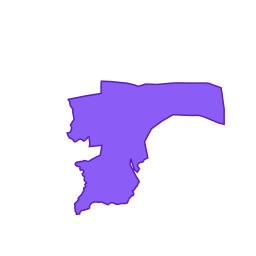 Santa Cruz Xitla, Oaxaca, Mexico (Albers equal-area conic projection), rotated 228°
{"feature_id": "50627088B78540984187626", "entity_name": "Santa Cruz Xitla", "entity_type": "district", "adm_level": 2, "iso_a3": "MEX", "parent_name": "Mexico", "parent_adm1": "Oaxaca", "projection": "albers", "projection_center": [-96.682, 16.337], "detail": "fine", "context": "isolated", "style": "filled", "palette": "violet", "viewbox_px": 256, "rotation_deg": 228, "n_neighbors": 0, "source": "geoboundaries", "source_scale": "gbopen_adm2", "svg_char_len": 3916}
<svg xmlns="http://www.w3.org/2000/svg" viewBox="0 0 256 256"><g transform="rotate(228 128 128)"><path d="M159.5,77.9L158.5,78.4L158.1,78.6L157.2,79.0L156.5,79.3L155.7,79.1L154.8,78.9L154.0,79.1L153.2,79.3L153.0,79.7L152.7,80.7L152.6,81.4L152.5,82.2L152.5,83.3L152.1,84.1L151.7,84.7L151.3,85.3L150.7,85.7L150.4,85.9L149.7,86.1L149.2,86.0L148.6,86.1L147.8,86.5L147.7,86.9L147.5,89.1L147.5,89.8L147.6,90.3L147.6,90.5L148.0,91.6L147.9,92.5L147.7,93.1L144.6,91.0L143.6,90.3L141.9,89.1L140.5,87.4L140.1,86.8L138.1,89.5L132.6,97.0L131.4,95.5L126.8,89.8L126.3,89.2L126.5,88.9L126.8,88.3L126.9,87.4L127.0,86.6L127.4,85.7L127.7,85.0L127.9,84.1L128.0,83.6L128.1,83.3L128.2,82.9L128.2,82.5L128.5,81.6L128.8,80.8L129.0,79.8L129.1,79.0L129.0,78.0L129.0,77.9L129.3,77.2L129.6,76.5L130.0,75.7L131.4,75.0L132.5,74.1L133.4,73.4L133.3,72.4L133.5,72.1L133.7,71.9L134.3,71.0L134.9,70.4L135.2,69.6L135.4,68.8L135.8,68.6L136.1,68.4L136.3,68.0L136.5,67.5L136.9,67.1L137.0,66.4L137.0,65.6L137.0,65.4L136.8,64.9L136.2,64.5L135.3,64.2L134.4,64.6L133.8,64.7L133.4,64.8L132.8,65.1L132.1,65.8L131.6,66.1L130.7,66.0L130.4,65.7L130.1,65.2L129.6,64.6L128.9,64.6L128.3,64.6L128.2,65.0L128.0,65.4L127.6,65.7L127.0,66.0L126.4,66.3L125.7,66.5L125.1,66.2L125.0,65.6L124.9,65.4L124.8,64.9L124.8,64.4L124.6,63.7L124.5,63.3L124.2,63.0L124.0,62.9L123.6,62.8L123.2,62.7L122.6,62.8L122.1,62.7L121.6,62.8L121.1,62.8L120.5,62.6L120.2,62.4L119.8,62.0L119.5,61.6L119.2,61.2L118.6,60.6L118.2,60.4L117.7,60.3L117.0,60.4L116.2,60.4L115.5,60.5L114.9,60.2L115.0,59.7L115.0,59.1L115.0,58.4L114.7,58.0L114.2,57.9L113.7,57.8L112.8,57.3L112.5,57.0L112.5,56.6L112.7,56.2L112.8,55.7L113.1,55.0L112.6,54.5L112.1,54.2L111.3,53.9L111.0,53.1L110.7,52.0L110.6,51.7L110.4,50.9L110.3,50.6L110.1,50.1L109.6,49.5L109.5,48.6L109.7,48.0L109.5,47.4L109.4,46.6L109.3,46.0L109.3,45.1L109.2,44.1L108.7,43.7L107.9,43.5L108.0,43.0L107.8,42.5L107.6,41.5L107.5,40.9L107.4,40.2L107.3,39.7L107.6,39.2L107.5,38.5L107.4,37.9L107.1,37.2L106.6,37.0L105.8,36.7L105.0,36.2L104.8,35.9L104.6,35.3L104.1,34.9L103.4,34.6L102.6,34.4L102.2,33.9L101.7,33.2L101.3,33.1L100.3,33.0L99.9,32.8L99.3,32.5L98.4,31.9L97.4,33.2L96.9,34.0L96.5,34.6L97.2,35.3L97.5,35.9L97.7,36.8L97.6,37.7L97.6,38.3L97.4,39.1L96.6,39.8L95.4,42.4L95.1,43.1L94.9,43.9L94.3,45.0L94.3,45.6L94.9,46.6L95.3,47.1L96.1,47.7L96.4,49.0L96.5,50.8L96.0,52.4L95.4,53.6L95.2,54.0L94.3,54.7L93.7,55.3L92.5,56.5L91.7,57.3L91.3,58.6L90.9,58.8L90.0,59.2L89.3,59.5L88.3,59.8L87.4,60.1L86.4,60.9L85.7,61.2L85.3,61.4L84.3,61.7L84.2,63.4L84.2,64.5L83.6,65.6L82.8,66.5L81.2,67.3L80.1,67.9L79.5,68.2L78.9,68.3L78.1,69.6L77.1,70.9L76.6,72.2L76.0,72.9L74.9,74.1L74.0,75.0L73.5,76.0L73.2,76.8L72.8,77.3L73.6,79.0L74.3,80.4L74.5,80.7L74.7,81.1L74.9,82.8L74.9,83.0L75.2,85.5L74.4,86.6L74.5,87.5L75.9,88.5L76.4,88.9L78.5,89.3L77.9,90.5L78.2,92.5L78.5,92.8L78.5,93.8L78.9,94.9L78.8,95.9L79.4,97.1L80.1,98.5L80.4,100.2L80.9,100.6L81.6,100.7L82.1,100.7L83.0,100.8L83.0,101.1L84.1,101.2L84.3,101.4L85.0,101.3L85.3,101.3L99.7,105.1L101.0,106.7L103.2,109.5L93.0,104.8L90.2,105.2L88.9,105.3L90.1,109.3L93.3,109.7L94.5,110.5L94.4,113.7L93.8,114.8L92.8,116.6L93.7,119.0L92.5,122.7L106.7,131.1L109.1,137.5L111.7,144.9L110.5,157.0L110.4,158.1L107.8,170.3L94.3,184.1L90.0,189.1L85.8,191.8L76.0,196.4L70.9,198.8L66.4,201.9L73.3,208.1L77.7,212.1L87.1,218.4L89.0,219.7L95.6,224.1L100.2,221.6L107.8,217.5L114.7,209.9L121.3,202.6L127.0,196.5L131.8,190.9L141.0,178.6L148.8,170.6L152.1,163.5L156.0,161.4L161.8,157.4L174.0,146.3L180.6,139.6L180.0,138.7L175.0,134.1L173.1,132.4L172.1,131.5L171.7,131.2L176.8,123.2L179.8,118.6L189.3,102.7L189.6,102.2L189.5,102.3L189.0,102.5L187.2,102.4L186.2,102.3L186.0,102.2L185.9,101.9L185.7,101.6L183.0,100.0L180.2,99.7L179.1,99.7L178.1,98.8L177.4,98.2L176.6,97.5L170.6,93.8L170.5,93.6L168.8,87.3L168.5,87.3L166.8,86.6L166.0,86.5L163.4,82.6L165.0,79.4L164.6,79.2L161.6,78.1L159.5,77.9Z" fill="#8b5cf6" stroke="#5b21b6" stroke-width="1.5"/></g></svg>